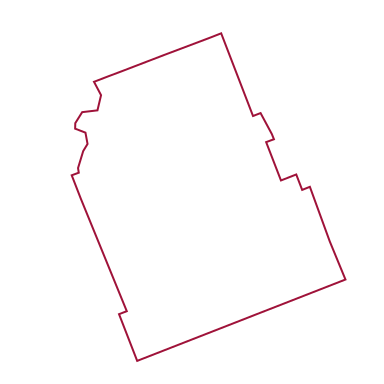 the district of Benewah, Idaho, United States of America, rotated 69°
{"feature_id": "52423323B17427488996260", "entity_name": "Benewah", "entity_type": "district", "adm_level": 2, "iso_a3": "USA", "parent_name": "United States of America", "parent_adm1": "Idaho", "projection": "albers", "projection_center": [-116.794, 47.218], "detail": "fine", "context": "isolated", "style": "outline", "palette": "rose", "viewbox_px": 384, "rotation_deg": 69, "n_neighbors": 0, "source": "geoboundaries", "source_scale": "gbopen_adm2", "svg_char_len": 563}
<svg xmlns="http://www.w3.org/2000/svg" viewBox="0 0 384 384"><g transform="rotate(69 192 192)"><path d="M330.0,303.7L328.7,80.1L287.5,81.1L229.4,80.1L229.5,88.4L213.0,88.4L213.1,104.8L172.0,104.9L172.1,96.6L166.5,96.7L142.9,99.7L142.9,107.8L54.3,107.9L54.4,118.6L54.1,168.7L54.1,188.0L54.1,200.7L54.1,212.9L54.0,228.4L54.0,244.0L69.0,242.2L81.9,251.0L78.1,265.9L85.9,276.3L91.0,278.4L98.4,270.2L109.7,272.3L114.8,278.9L128.8,289.8L133.4,290.8L133.3,298.3L158.3,298.2L279.9,295.6L279.9,303.9L330.0,303.7Z" fill="none" stroke="#9f1239" stroke-width="2"/></g></svg>